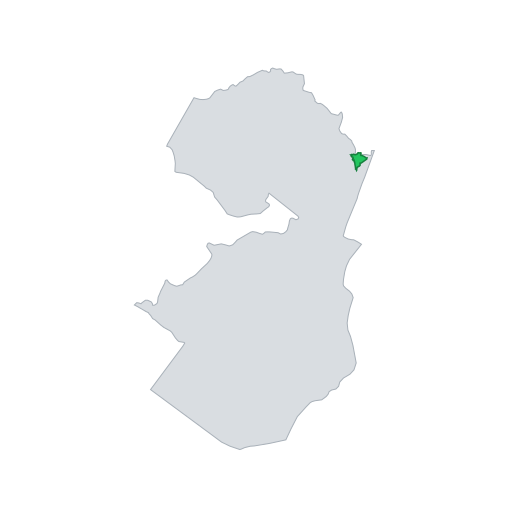 Chipata, Eastern, Zambia (highlighted), rotated 309°
{"feature_id": "96606910B12043083212801", "entity_name": "Chipata", "entity_type": "district", "adm_level": 2, "iso_a3": "ZMB", "parent_name": "Zambia", "parent_adm1": "Eastern", "projection": "albers", "projection_center": [32.554, -13.744], "detail": "fine", "context": "in_parent", "style": "filled", "palette": "green", "viewbox_px": 512, "rotation_deg": 309, "n_neighbors": 0, "source": "geoboundaries", "source_scale": "gbopen_adm2", "svg_char_len": 5880}
<svg xmlns="http://www.w3.org/2000/svg" viewBox="0 0 512 512"><g transform="rotate(309 256 256)"><path d="M331.5,330.6L312.3,330.8L305.3,332.5L299.6,334.9L292.9,338.7L289.0,341.4L287.9,342.8L287.4,346.0L287.5,350.9L286.8,354.4L284.8,357.7L274.5,361.8L267.8,365.1L261.3,369.0L256.3,374.0L253.0,380.0L247.5,387.6L235.9,401.2L229.1,403.8L223.3,403.4L216.3,400.8L210.8,400.4L206.7,402.2L202.9,401.8L199.4,399.1L196.5,398.2L194.1,399.0L191.1,399.0L185.6,397.6L180.7,393.0L178.0,391.1L176.0,390.4L170.3,389.9L157.2,389.2L143.7,392.0L131.9,394.9L119.3,384.8L107.2,374.1L104.6,371.3L100.0,367.8L96.7,366.1L95.4,365.2L91.8,355.4L89.7,346.3L85.8,258.1L140.0,255.9L143.5,255.4L143.6,254.5L141.0,249.9L141.0,248.2L141.6,245.0L143.7,238.5L143.8,236.4L142.5,229.5L142.4,225.6L142.8,217.7L142.3,215.1L143.5,211.5L143.8,209.1L144.3,208.1L143.6,205.5L142.2,196.2L141.4,192.3L144.7,192.7L145.8,194.6L146.5,196.7L148.0,196.8L152.0,197.9L153.4,199.6L154.4,203.3L153.9,205.2L152.7,206.8L154.0,208.1L156.6,208.9L158.1,208.6L162.4,205.9L166.5,204.8L168.5,204.1L177.5,202.2L179.3,201.2L180.5,201.2L181.4,201.9L180.7,204.5L180.5,206.9L181.7,211.3L182.6,213.4L184.6,214.8L186.0,215.6L187.5,217.1L190.6,216.7L197.6,218.8L199.7,219.8L202.7,220.8L204.7,221.1L211.9,221.7L219.4,222.8L223.3,222.8L226.1,222.4L228.0,221.7L229.2,221.0L229.7,220.3L232.3,211.8L233.7,211.1L235.6,210.7L236.7,211.4L238.0,216.7L243.6,221.4L245.5,225.4L246.9,228.8L248.1,229.7L250.2,230.9L253.5,231.2L256.5,231.3L271.2,236.9L272.8,238.0L274.6,241.1L275.8,244.6L277.0,247.4L278.9,247.9L280.5,248.1L282.2,250.0L283.5,251.7L288.0,258.5L288.6,261.3L290.7,263.1L293.6,263.9L296.2,263.9L297.7,263.1L301.4,261.6L304.3,259.9L306.4,259.3L307.6,259.6L308.6,260.8L309.3,264.2L311.3,265.4L312.9,264.9L313.4,263.5L313.4,262.8L313.0,226.6L311.7,226.8L310.0,227.9L306.1,228.1L304.6,228.8L304.2,230.0L304.5,231.5L304.6,233.6L304.0,234.5L302.4,234.9L299.9,234.2L295.4,233.2L291.7,232.6L289.0,229.9L285.4,225.9L283.0,223.9L277.2,219.7L276.2,218.8L274.5,216.9L272.9,213.5L271.4,209.6L270.6,207.1L271.9,203.2L275.1,190.6L275.8,186.7L278.5,182.7L278.6,179.1L277.4,174.6L277.7,172.1L277.8,157.7L277.0,153.2L275.0,148.2L270.8,141.2L270.7,139.7L277.1,135.1L278.9,133.3L282.2,129.6L284.4,126.4L285.8,123.9L286.3,120.6L285.1,117.5L287.3,116.8L340.0,108.2L340.8,110.3L342.4,113.9L344.3,116.5L346.6,118.8L348.5,120.1L349.8,120.6L357.9,120.4L360.8,121.8L363.4,123.5L364.0,126.3L365.7,128.0L367.5,129.3L368.3,129.5L369.6,129.1L371.8,129.1L373.8,129.7L374.8,130.3L374.9,132.6L375.5,133.6L378.3,134.0L381.0,134.2L383.7,135.7L386.7,136.0L390.0,136.6L391.6,138.3L395.2,140.0L399.6,141.6L404.4,144.1L404.5,144.9L405.3,146.4L406.2,147.5L406.3,149.1L406.7,150.5L407.9,150.9L408.9,151.0L409.9,150.0L411.1,150.0L412.6,150.7L413.1,152.4L414.1,154.6L415.9,156.2L417.1,157.7L416.7,160.4L415.9,162.9L418.3,165.4L421.5,167.8L422.3,168.8L422.6,172.3L423.0,173.5L425.2,176.4L426.2,178.4L426.1,179.5L420.4,185.2L416.8,186.1L415.3,187.2L414.4,188.5L416.6,194.2L417.8,196.4L416.8,199.1L414.5,203.7L413.5,204.1L413.3,207.6L414.0,208.9L415.1,209.9L415.6,212.3L415.5,218.2L414.0,224.9L416.6,230.7L417.4,231.4L421.0,231.4L421.6,231.9L420.7,233.6L418.2,236.1L413.7,238.1L407.2,240.3L405.9,242.4L405.0,245.5L405.7,247.3L406.6,248.3L406.3,251.0L405.7,253.9L405.9,256.1L405.6,258.1L404.8,259.0L403.7,262.0L402.3,265.0L401.2,266.4L399.5,267.8L397.0,269.0L397.0,269.6L399.9,271.0L400.7,271.9L400.9,272.6L399.7,274.1L401.1,275.0L402.7,275.8L404.2,277.8L406.0,281.5L406.3,281.9L406.8,281.9L407.8,281.5L409.5,280.0L410.8,279.5L412.4,281.6L385.5,290.9L379.1,292.8L369.7,296.1L366.7,297.3L364.2,298.5L339.3,305.9L335.4,307.3L326.6,311.1L326.3,311.7L326.4,313.4L327.2,316.9L328.8,320.0L330.1,321.8L331.0,326.5L331.5,330.6Z" fill="#d9dde1" stroke="#a8b0b8" stroke-width="1"/><path d="M394.5,279.3L401.0,281.1L401.5,280.8L402.1,280.5L401.5,280.0L401.5,279.6L401.5,278.8L401.4,277.5L401.3,277.3L401.2,276.7L401.1,276.3L401.0,276.2L401.0,275.4L401.0,275.0L401.0,274.9L400.9,274.8L400.8,274.7L400.7,274.6L400.4,274.4L400.2,274.4L400.3,273.9L400.5,273.8L400.8,273.7L401.0,273.4L401.1,273.2L401.3,273.1L401.6,273.1L402.1,272.9L402.2,272.6L402.1,272.4L401.6,271.8L400.9,271.3L400.9,270.8L400.8,270.7L400.4,270.4L400.0,270.2L399.6,270.3L399.4,270.5L399.2,270.5L398.9,270.4L398.7,270.4L398.4,270.1L398.1,270.1L397.6,269.8L397.4,269.7L397.3,269.4L397.2,269.4L397.0,269.2L396.9,268.9L396.8,268.7L396.7,268.6L396.7,268.4L396.6,268.2L396.5,267.9L396.4,267.8L396.4,267.7L396.2,267.6L395.9,267.6L395.7,267.5L395.6,267.4L395.6,267.5L395.6,267.4L395.4,267.3L395.5,267.3L395.4,267.3L395.4,267.2L395.4,267.3L395.4,267.2L395.2,267.0L395.3,267.0L395.2,267.0L395.2,266.9L395.3,266.9L395.2,266.9L395.2,266.7L394.9,266.6L395.0,266.6L394.9,266.5L394.9,266.4L394.7,266.4L394.4,266.3L394.3,266.2L394.3,266.3L394.3,266.2L394.2,266.2L394.1,266.3L393.9,266.6L394.0,266.8L393.6,267.2L393.4,267.4L393.4,267.5L393.3,267.8L393.3,268.1L393.4,268.3L393.5,268.6L393.7,268.8L393.8,268.9L393.7,269.1L393.3,269.7L393.2,269.8L393.2,270.0L392.9,270.2L392.7,270.3L392.4,270.5L392.1,270.6L391.9,270.5L391.8,270.4L391.8,270.2L391.6,270.3L391.6,270.7L391.6,271.0L391.6,271.3L391.4,271.5L391.5,271.7L391.8,271.8L392.0,272.0L391.9,272.2L391.8,272.3L391.7,272.4L391.8,272.4L391.7,272.5L391.3,273.2L391.1,273.6L390.7,273.9L390.5,274.1L390.3,274.4L390.1,274.6L389.7,275.0L389.3,275.4L388.7,276.1L388.6,276.3L387.9,277.0L387.7,277.2L386.3,278.7L386.2,278.7L386.2,278.8L386.1,279.6L386.1,280.1L385.9,280.3L386.0,280.3L386.9,279.6L387.1,279.6L387.4,279.4L388.4,278.9L388.5,278.8L388.9,279.0L389.1,279.0L389.4,279.0L389.5,279.1L389.7,279.3L390.2,279.5L390.7,279.7L390.8,279.6L391.0,279.8L391.3,279.8L391.4,279.7L391.5,279.7L391.5,279.8L391.8,279.8L392.0,279.8L392.2,279.7L392.3,279.6L392.5,279.4L392.9,279.1L393.0,279.0L393.0,278.8L393.7,278.4L393.9,278.7L394.0,278.9L394.2,279.0L394.5,279.3Z" fill="#22c55e" stroke="#15803d" stroke-width="1.5"/></g></svg>